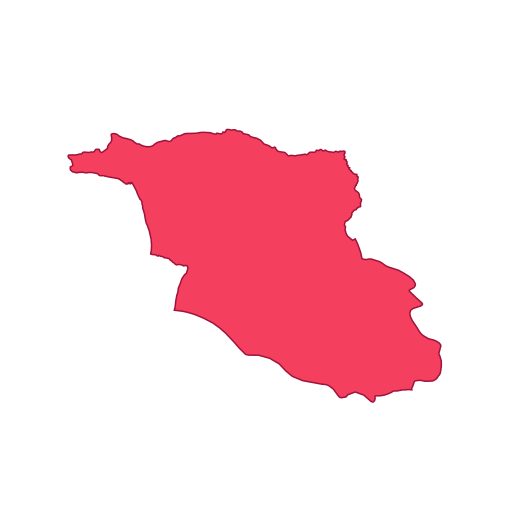 Patate, Tungurahua, Ecuador, rotated 102°
{"feature_id": "8360857B3185299233317", "entity_name": "Patate", "entity_type": "district", "adm_level": 2, "iso_a3": "ECU", "parent_name": "Ecuador", "parent_adm1": "Tungurahua", "projection": "equal_earth", "projection_center": [-78.456, -1.283], "detail": "fine", "context": "isolated", "style": "filled", "palette": "rose", "viewbox_px": 512, "rotation_deg": 102, "n_neighbors": 0, "source": "geoboundaries", "source_scale": "gbopen_adm2", "svg_char_len": 6108}
<svg xmlns="http://www.w3.org/2000/svg" viewBox="0 0 512 512"><g transform="rotate(102 256 256)"><path d="M354.5,75.7L353.4,76.2L350.5,75.6L346.1,75.0L345.2,74.6L344.3,72.4L343.4,69.3L343.4,65.8L343.2,63.8L341.8,58.2L341.1,56.5L338.9,54.2L337.5,53.4L335.4,52.7L334.3,52.0L333.2,51.6L331.3,51.4L325.2,51.8L320.0,53.0L315.7,55.3L313.5,56.9L305.5,56.5L304.3,57.1L302.9,58.9L301.9,61.5L301.4,63.8L301.2,65.8L301.1,70.0L299.0,76.2L297.2,79.1L295.3,81.1L292.3,83.9L287.7,88.7L286.1,90.2L283.4,92.2L280.7,93.5L278.7,93.6L277.1,93.4L276.2,92.9L274.6,91.3L270.6,84.4L269.9,83.7L269.4,83.3L268.4,83.1L267.4,84.0L263.3,91.1L258.5,98.7L257.5,99.0L254.1,95.0L252.2,94.2L250.9,94.1L250.2,94.4L249.0,95.2L246.8,97.2L244.2,101.9L242.2,107.5L240.3,113.6L239.3,123.5L238.7,126.8L236.5,131.8L235.8,134.1L235.0,142.6L235.6,145.4L236.6,147.6L236.8,150.8L236.5,151.8L231.1,154.2L227.5,156.3L222.7,159.4L218.6,162.5L220.6,164.7L217.8,170.1L217.1,171.0L214.9,172.8L214.3,173.1L213.8,173.2L212.2,174.2L211.4,174.4L208.8,174.5L207.7,175.6L206.9,176.0L206.3,176.1L203.6,175.8L202.4,173.9L198.3,171.2L195.5,170.8L194.4,171.3L191.0,169.7L190.0,167.9L189.6,167.5L188.5,167.4L188.0,166.6L187.3,166.5L186.6,165.3L186.1,164.2L185.7,164.0L182.0,164.9L181.1,164.5L179.1,164.4L178.6,164.7L177.8,166.1L176.7,167.0L174.8,167.6L173.5,168.3L172.6,169.2L171.0,172.8L170.7,173.0L169.5,173.7L166.8,173.2L166.4,173.1L165.9,172.6L165.1,172.8L164.3,172.3L161.4,171.8L159.8,172.4L157.5,172.5L157.1,173.9L155.7,174.1L155.2,174.3L155.1,174.5L155.4,175.3L155.3,177.2L154.8,178.2L153.8,179.6L153.6,180.6L152.8,180.6L151.9,182.6L151.5,183.0L151.2,183.1L150.7,182.7L150.3,182.6L150.1,182.9L150.1,184.3L149.1,184.9L148.4,184.7L148.2,184.9L148.1,185.7L147.9,186.1L147.5,186.4L146.7,186.2L146.3,186.5L146.1,186.3L144.8,186.6L143.8,188.0L143.4,187.7L143.2,187.8L142.9,188.3L143.0,189.5L143.0,189.8L142.7,190.1L142.3,189.8L141.0,189.9L140.5,189.6L139.6,190.6L139.1,190.8L138.3,190.9L137.3,190.4L136.6,190.9L135.9,190.5L135.5,190.7L135.4,191.1L135.1,191.2L135.4,193.1L136.0,194.3L135.9,195.3L136.1,195.8L136.4,196.2L136.9,196.4L137.2,197.5L137.0,199.4L137.2,200.2L138.5,201.4L138.6,202.0L138.6,203.8L138.9,206.3L138.7,208.5L138.2,209.3L138.0,210.0L138.1,210.5L139.0,211.3L139.2,211.9L139.1,212.7L138.3,214.4L138.4,215.2L139.6,216.2L140.0,218.9L141.7,219.5L142.4,220.5L143.2,224.7L144.5,225.9L146.3,226.9L146.4,227.3L146.1,228.9L148.2,234.2L148.9,236.6L149.9,238.3L150.2,242.3L150.4,243.1L151.3,244.7L151.3,245.3L149.2,248.4L148.7,250.1L148.9,251.6L149.1,255.5L148.7,256.8L147.2,258.8L146.2,259.3L145.8,259.7L145.7,260.6L146.8,262.3L146.7,263.3L145.4,266.4L144.8,271.4L141.9,275.4L140.7,279.5L140.5,285.4L139.9,287.0L139.0,288.3L138.9,290.6L139.0,292.6L138.9,293.7L138.5,294.5L138.0,294.8L137.7,295.2L137.2,297.1L137.2,298.2L137.7,300.2L137.0,302.2L137.0,303.6L138.0,306.4L137.9,308.7L138.2,310.6L138.7,311.1L139.3,311.4L141.3,311.9L141.7,312.5L141.4,313.0L141.6,314.1L142.8,314.3L143.7,315.2L143.9,316.0L144.0,319.8L144.4,320.2L145.0,320.2L145.2,320.5L145.3,322.2L144.9,326.4L145.8,332.4L146.4,335.1L148.4,340.2L150.8,350.2L151.4,351.5L154.3,355.4L154.6,357.0L154.9,357.7L157.0,359.5L157.4,360.5L158.0,361.2L159.4,362.2L161.0,362.9L161.8,364.1L162.1,365.3L161.8,368.4L162.2,369.9L165.4,376.1L167.8,378.5L169.5,379.7L170.8,381.7L171.4,383.6L171.8,385.9L171.9,388.4L171.6,390.7L170.7,393.5L171.1,395.6L170.2,398.1L169.0,400.3L168.5,401.9L168.3,402.8L168.0,407.8L168.0,408.8L168.2,409.2L167.7,412.5L167.1,414.8L165.9,417.2L165.7,419.1L165.9,420.9L166.4,422.2L167.0,422.8L167.4,422.9L169.4,422.2L170.0,421.7L170.4,421.8L173.1,421.2L174.3,421.5L175.4,421.9L177.0,423.0L178.2,423.5L179.7,423.8L181.9,423.8L186.7,428.1L186.8,429.1L186.3,430.2L185.7,430.7L184.5,431.3L184.3,431.9L184.8,434.3L185.2,435.0L187.6,436.0L188.4,437.4L188.4,438.5L189.2,440.3L189.5,441.2L189.9,444.6L190.3,446.3L191.0,447.2L192.4,447.7L192.6,448.4L192.9,449.8L193.3,450.6L194.0,451.6L194.9,454.3L195.4,457.0L196.2,460.2L197.2,460.6L198.3,460.2L198.8,459.8L199.7,458.3L200.4,456.6L203.7,454.7L205.0,454.1L205.8,454.3L206.5,454.8L207.5,456.2L209.1,455.9L210.5,455.3L211.8,452.9L211.8,450.0L212.0,449.7L212.1,449.3L211.7,448.5L211.4,447.1L210.9,446.5L210.4,443.8L210.1,443.2L210.1,440.1L209.4,437.6L209.0,436.7L208.4,433.0L208.4,428.0L209.5,426.5L209.8,425.4L209.8,424.4L209.3,423.0L209.1,421.3L209.3,420.7L209.2,419.5L209.3,417.0L208.9,406.4L209.2,406.3L209.3,405.4L209.9,404.3L210.5,402.8L210.6,402.1L211.1,401.7L211.2,401.0L211.7,400.5L211.7,399.6L212.3,398.9L212.6,398.3L212.4,397.9L212.5,397.3L212.0,396.3L211.4,396.5L210.7,395.8L211.5,394.7L211.6,394.0L211.2,393.8L210.3,393.8L210.3,393.6L210.6,393.4L210.7,393.0L210.5,392.8L210.1,392.6L212.7,390.2L217.2,386.5L219.2,385.3L224.1,381.7L224.6,381.3L224.6,380.9L225.3,380.0L226.5,379.0L229.2,378.1L230.4,377.4L232.8,376.7L237.9,373.9L243.5,371.7L246.8,370.1L248.6,368.7L253.5,365.7L261.6,362.0L267.6,360.3L271.5,359.7L274.5,359.4L274.8,359.6L275.9,359.5L276.1,359.0L276.0,356.2L275.6,354.3L276.3,353.0L276.5,352.1L276.4,351.7L275.6,351.3L276.1,349.5L276.0,347.0L276.5,345.9L276.4,345.7L276.7,345.4L276.8,344.8L276.4,343.2L276.6,342.6L276.7,340.3L277.9,339.0L278.7,337.0L279.5,335.9L279.9,334.6L280.9,333.1L281.1,332.3L281.1,331.3L280.5,330.5L280.3,329.6L280.2,327.6L280.2,326.3L280.8,324.8L280.4,324.0L280.2,323.8L279.8,321.9L279.8,321.4L281.8,320.1L284.5,320.2L286.6,320.5L287.3,320.4L289.0,321.9L293.4,323.7L299.6,324.5L303.5,325.3L307.3,324.9L311.3,325.3L316.9,325.1L322.8,324.5L326.0,324.7L325.3,316.4L325.3,311.8L325.8,305.1L326.3,301.7L327.8,293.9L329.8,286.8L330.4,284.5L333.8,276.8L337.7,269.8L344.6,259.8L349.8,252.9L354.4,245.7L354.5,242.6L352.5,232.9L353.2,221.4L356.7,210.9L362.0,203.3L366.2,195.4L368.2,184.3L367.7,165.2L367.2,160.4L367.6,158.1L370.0,152.8L375.6,146.5L376.9,144.6L376.8,142.8L375.1,138.6L373.3,137.7L372.4,137.0L368.4,130.7L369.6,121.7L374.3,113.3L374.6,112.1L374.5,111.4L374.2,110.7L372.6,109.9L370.7,109.8L368.7,110.5L368.0,110.2L366.9,105.4L365.3,101.4L363.1,97.8L361.2,95.2L359.6,93.6L359.0,91.7L358.8,90.2L356.5,84.8L355.6,81.0L355.0,79.6L354.5,75.7Z" fill="#f43f5e" stroke="#9f1239" stroke-width="1.5"/></g></svg>